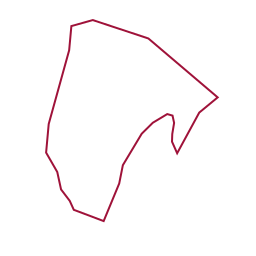 map outline of Miren-Kostanjevica (Natural Earth projection), rotated 104°
{"feature_id": "SVN-1032", "entity_name": "Miren-Kostanjevica", "entity_type": "Municipality", "adm_level": 1, "iso_a3": "SVN", "parent_name": "Slovenia", "parent_adm1": "", "projection": "natural_earth1", "projection_center": [13.637, 45.866], "detail": "fine", "context": "isolated", "style": "outline", "palette": "rose", "viewbox_px": 256, "rotation_deg": 104, "n_neighbors": 0, "source": "natural_earth", "source_scale": "10m", "svg_char_len": 439}
<svg xmlns="http://www.w3.org/2000/svg" viewBox="0 0 256 256"><g transform="rotate(104 128 128)"><path d="M42.8,207.6L31.8,188.3L36.2,129.9L76.6,48.4L95.8,62.6L140.6,74.2L130.6,82.0L123.1,83.6L111.9,84.5L105.2,87.8L105.0,93.3L116.9,105.2L130.2,113.3L165.3,124.0L184.0,123.1L224.2,129.1L220.5,160.8L212.8,166.9L203.8,178.1L187.8,186.0L171.7,201.5L143.3,205.9L66.8,203.9L42.8,207.6Z" fill="none" stroke="#9f1239" stroke-width="2"/></g></svg>